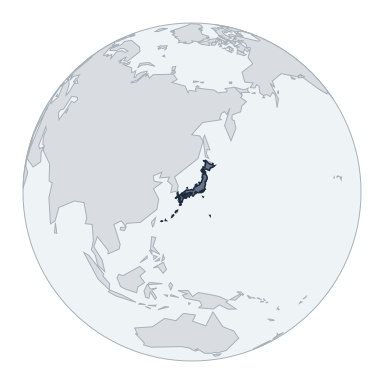 Japan highlighted on a globe, orthographic projection
{"feature_id": "JPN", "entity_name": "Japan", "entity_type": "country or territory", "adm_level": 0, "iso_a3": "JPN", "parent_name": "Asia", "parent_adm1": "", "projection": "orthographic", "projection_center": [135.292, 34.888], "detail": "fine", "context": "on_globe", "style": "filled", "palette": "slate", "viewbox_px": 384, "rotation_deg": 0, "n_neighbors": 0, "source": "natural_earth", "source_scale": "50m", "svg_char_len": 16904}
<svg xmlns="http://www.w3.org/2000/svg" viewBox="0 0 384 384"><circle cx="192" cy="192" r="169" fill="#eef3f6" stroke="#a8b0b8"/><path d="M306.2,296.4L306.1,297.1L305.9,297.3L306.2,296.4ZM328.1,91.9L327.0,91.0L329.6,94.0L333.2,99.2L332.9,98.8L331.0,95.9L327.1,92.2L326.9,93.9L318.8,89.1L302.9,77.5L304.5,76.7L300.5,74.4L298.3,75.5L297.9,76.8L281.2,73.7L272.3,81.0L274.8,87.5L270.1,83.2L278.5,98.9L277.1,107.5L275.4,95.3L272.7,92.3L270.1,96.6L266.7,94.5L263.6,95.6L259.8,92.9L259.1,86.5L256.6,84.7L255.0,88.0L250.1,87.6L253.0,83.0L244.8,82.1L242.1,72.2L252.8,63.8L248.1,57.7L250.5,47.9L247.0,47.2L245.7,43.7L241.3,41.7L243.0,40.9L237.9,40.1L237.2,41.3L234.7,41.5L232.0,40.6L233.7,39.2L235.4,39.4L234.5,38.6L236.5,38.4L233.9,38.0L236.4,36.7L230.0,36.7L228.6,34.6L231.3,34.2L236.2,35.9L254.5,40.4L258.7,41.2L259.8,40.2L250.9,34.5L253.4,35.0L253.0,34.5L249.3,33.2L248.2,33.2L241.1,31.1L240.7,31.9L237.8,31.3L235.2,31.8L230.1,30.1L226.4,28.3L228.2,27.9L226.7,27.3L220.4,26.6L219.5,25.4L214.3,24.5L226.5,26.6L238.5,29.6L250.2,33.4L261.7,38.1L272.7,43.6L283.4,49.9L293.5,56.9L303.1,64.7L312.1,73.2L320.5,82.3L328.1,91.9ZM341.2,179.8L339.8,176.7L341.6,177.0L341.2,179.8ZM338.3,176.0L339.0,176.8L338.3,176.3L338.3,176.0ZM337.5,176.4L338.1,176.1L337.5,176.8L337.5,176.4ZM336.4,177.4L336.9,176.7L336.9,176.9L336.4,177.4ZM334.4,177.9L333.8,177.9L334.2,176.9L334.4,177.9ZM298.2,77.9L298.6,75.8L301.8,75.8L301.9,77.7L298.2,77.9ZM291.6,78.6L290.9,76.8L295.4,78.9L294.4,79.3L291.6,78.6ZM277.4,92.9L278.4,90.5L278.6,93.6L277.4,92.9ZM263.8,96.3L264.6,97.7L262.6,97.7L263.8,96.3ZM238.2,32.8L236.8,32.3L238.0,32.4L238.2,32.8ZM238.5,33.5L241.0,34.1L241.5,34.5L239.9,34.2L238.5,33.5ZM255.0,93.6L251.6,93.4L255.0,92.5L255.0,93.6ZM235.3,32.9L242.0,35.3L242.9,36.2L237.7,35.8L235.3,32.9ZM249.5,92.5L241.2,92.5L242.3,95.5L234.7,87.3L244.2,89.8L248.2,88.1L247.5,90.6L249.5,92.5ZM238.1,42.1L238.8,40.8L240.7,42.8L238.1,42.1ZM240.0,43.4L249.6,50.1L247.3,51.9L244.5,49.1L243.6,52.5L237.7,50.0L236.9,47.6L239.6,46.9L235.3,46.6L240.0,43.4ZM231.8,83.0L229.7,82.2L231.8,81.9L231.8,83.0ZM233.9,41.7L236.0,42.8L234.2,44.4L229.6,42.5L231.7,42.6L233.9,41.7ZM246.2,54.7L244.0,55.7L238.6,53.9L237.1,54.1L237.4,50.1L246.2,54.7ZM230.7,41.8L227.3,41.6L225.7,40.1L231.7,40.8L230.7,41.8ZM235.7,45.6L234.6,46.3L233.7,45.3L235.7,45.6ZM218.1,35.3L220.7,36.2L220.0,37.1L218.1,35.3ZM226.1,41.7L226.7,42.2L226.7,42.7L224.2,42.4L226.1,41.7ZM233.6,49.2L231.9,48.4L233.2,50.8L229.3,49.8L230.2,47.3L228.2,48.0L226.9,47.7L229.1,46.1L233.6,49.2ZM221.6,43.7L221.4,40.6L216.8,38.5L217.3,37.6L224.7,41.2L221.6,43.7ZM225.8,45.2L223.3,44.0L225.2,43.4L228.1,43.8L225.8,45.2ZM226.3,50.1L232.1,52.2L231.7,52.7L226.3,50.1ZM219.9,43.1L220.0,43.9L219.3,43.0L219.9,43.1ZM223.9,48.0L226.0,48.6L225.5,49.2L223.9,48.0ZM218.4,45.0L218.3,44.0L220.2,44.2L218.4,45.0ZM220.6,46.5L219.4,47.1L221.0,44.9L221.6,46.7L220.6,46.5ZM223.1,48.4L223.4,48.9L222.3,48.1L223.1,48.4ZM211.0,45.1L212.6,42.3L216.9,42.6L214.8,45.3L211.0,45.1ZM61.4,84.7L62.1,84.1L52.9,97.5L50.0,104.1L58.2,97.0L62.8,85.7L68.8,79.5L69.1,84.6L65.8,95.4L68.0,93.4L74.4,83.4L78.0,83.2L77.1,79.9L74.2,83.2L73.6,81.4L76.2,78.3L77.4,78.2L79.6,74.7L73.4,76.7L69.8,80.3L73.0,74.0L67.3,79.6L66.6,79.6L76.0,70.2L78.4,68.4L92.2,56.9L89.9,58.1L76.8,69.3L78.9,67.1L75.7,69.6L79.9,66.0L94.8,54.1L99.5,50.6L112.0,43.2L120.1,39.1L115.7,41.3L117.9,40.4L114.0,42.6L114.9,43.4L112.0,45.8L118.5,44.2L117.8,45.4L114.2,45.9L110.0,47.8L103.4,55.0L103.9,55.7L108.7,54.3L106.2,56.7L111.7,54.5L110.9,58.5L116.5,51.9L122.2,50.7L125.1,52.4L128.0,51.1L123.3,48.4L120.6,48.5L116.6,50.4L109.9,50.5L110.9,48.6L121.6,44.5L124.2,41.6L131.4,40.3L139.7,47.2L139.9,51.6L127.4,61.3L123.8,60.7L126.5,56.7L118.3,61.5L121.7,60.5L119.7,62.8L124.7,62.8L123.5,64.4L130.3,61.9L129.4,63.9L125.1,65.4L131.7,67.8L131.5,72.3L133.6,72.1L135.8,70.7L134.1,77.6L135.7,77.2L136.9,74.7L140.9,72.4L147.2,71.2L146.2,73.7L143.8,74.4L137.3,80.0L131.0,82.1L131.3,83.0L136.5,81.9L144.4,75.0L148.5,73.6L145.2,76.9L146.8,75.6L148.5,75.7L149.3,78.3L153.1,74.7L173.5,74.2L177.1,79.6L171.9,82.4L185.1,86.1L188.1,92.9L189.2,90.4L196.3,91.2L195.4,89.0L196.5,88.0L214.3,90.1L217.7,92.8L226.6,91.9L227.2,90.8L225.1,88.6L234.7,87.3L242.3,95.5L240.6,97.5L246.5,101.6L241.8,106.0L240.7,111.8L232.1,114.9L232.0,119.6L234.3,120.7L235.9,128.3L231.0,140.8L224.6,125.6L230.0,107.9L226.9,114.5L224.5,111.6L221.5,113.3L219.6,118.3L221.3,119.7L202.5,122.5L191.7,134.7L199.9,136.0L203.0,141.3L198.0,158.5L174.5,177.0L178.3,186.0L177.1,191.0L170.7,192.5L172.2,185.2L167.6,181.2L169.4,177.1L159.7,177.9L161.9,172.1L153.2,175.9L154.2,181.3L162.0,182.5L153.5,188.8L158.7,199.2L157.0,209.2L140.3,222.4L126.7,223.3L125.4,226.0L121.3,220.9L113.9,224.4L120.1,244.3L119.2,249.0L108.1,253.9L108.2,250.4L97.3,236.7L93.8,246.8L102.1,259.9L104.8,271.6L97.9,265.4L95.2,254.9L91.4,249.7L93.4,240.6L92.2,224.4L85.2,223.7L86.8,218.0L84.0,202.6L74.6,201.0L58.9,207.4L55.1,221.0L50.5,223.9L48.9,197.8L52.2,182.9L49.1,181.0L49.6,163.9L43.2,150.1L44.5,145.5L42.8,144.4L43.5,136.5L46.4,129.4L45.8,126.7L38.7,145.6L39.6,148.7L43.5,147.0L41.1,152.7L40.7,161.8L33.1,167.0L27.2,158.7L30.4,147.7L45.5,111.0L47.1,108.9L47.3,108.6L47.8,108.0L45.3,110.8L49.1,104.3L37.0,127.0L33.4,135.3L27.1,159.0L26.7,159.6L25.8,165.8L27.6,172.7L26.8,175.9L23.7,185.9L23.1,188.5L23.8,176.0L25.4,163.6L28.0,151.4L31.5,139.3L35.8,127.6L41.0,116.2L47.0,105.2L53.9,94.7L61.4,84.7ZM58.4,112.7L58.9,119.8L65.4,111.0L66.1,113.1L68.0,109.5L65.8,110.4L71.5,101.3L74.2,102.7L77.5,99.8L77.5,97.3L71.8,96.3L63.6,109.0L60.6,109.8L58.4,112.7ZM133.7,34.2L130.3,35.6L128.7,35.8L132.5,34.0L134.8,33.4L133.7,34.2ZM125.8,37.5L135.5,34.7L133.5,36.1L133.0,35.7L130.7,36.9L129.2,36.7L117.9,41.3L115.8,42.0L124.0,37.4L122.5,38.4L125.9,36.8L125.8,37.5ZM163.6,28.6L167.7,28.4L158.1,31.6L155.3,31.5L158.9,29.2L164.3,28.1L163.6,28.6ZM224.9,32.1L227.1,32.5L226.6,32.8L224.4,32.7L224.9,32.1ZM219.4,35.6L214.7,30.7L217.0,30.8L211.6,28.3L215.5,27.8L218.9,29.4L217.8,27.4L222.5,28.7L221.1,27.4L228.3,31.0L232.4,32.4L226.3,30.9L222.6,31.2L222.2,31.7L224.3,34.5L231.3,38.1L228.8,39.3L225.1,39.3L223.0,38.6L225.3,37.9L220.9,37.5L222.6,36.1L219.4,35.6ZM183.3,43.3L186.9,41.9L178.3,42.7L180.0,40.5L178.9,40.7L178.1,39.0L175.2,37.4L176.7,36.6L174.9,36.4L174.4,35.4L172.4,34.9L174.5,33.4L172.3,32.7L174.5,32.4L170.2,31.8L174.3,31.6L174.0,30.5L170.2,31.3L186.0,25.9L189.4,24.5L190.0,23.7L197.1,24.0L201.0,25.2L202.5,27.3L198.2,28.8L202.2,28.9L201.3,29.8L198.5,29.4L202.3,30.6L200.8,31.3L202.1,34.3L208.4,36.2L209.1,37.5L205.9,37.2L208.7,38.8L203.1,39.2L203.5,40.2L198.3,41.8L191.9,40.9L192.8,42.2L188.9,43.7L183.3,43.3ZM209.4,45.5L201.4,44.3L198.4,42.7L208.7,40.7L209.2,39.6L215.6,38.7L219.8,41.2L217.6,41.2L216.4,41.8L215.6,40.8L215.3,42.1L212.2,42.2L211.2,43.3L208.9,42.6L209.4,45.5ZM80.2,65.3L78.6,66.8L76.8,68.5L74.8,70.3L80.2,65.3ZM90.1,57.2L90.3,57.1L89.3,57.9L87.0,59.6L90.1,57.2ZM91.9,56.0L89.5,57.7L91.8,56.0L91.9,56.0ZM113.6,46.7L112.9,47.7L111.6,48.2L110.5,48.2L113.6,46.7ZM158.0,46.7L160.5,45.7L161.1,46.1L167.1,45.7L166.3,47.6L162.4,48.5L158.0,46.7ZM57.1,96.6L56.1,96.4L57.3,94.5L57.4,94.9L57.1,96.6ZM64.4,82.2L61.2,86.6L63.9,82.7L64.4,82.2ZM158.1,48.6L160.7,48.2L158.7,49.4L158.1,48.6ZM166.0,48.9L164.2,50.4L166.9,47.8L166.0,48.9ZM145.2,306.5L150.3,308.1L150.2,308.7L145.2,306.5ZM139.8,303.2L145.5,304.7L138.9,304.2L139.8,303.2ZM147.8,305.3L153.6,305.4L156.1,305.0L155.7,306.1L147.8,305.3ZM136.0,302.3L116.0,296.0L108.3,291.7L109.9,290.1L122.3,295.0L136.0,302.3ZM109.3,289.8L97.9,278.9L83.9,252.5L88.9,255.4L103.8,274.2L102.8,275.8L109.7,283.7L109.3,289.8ZM137.8,287.1L136.7,292.8L125.5,289.1L120.5,286.5L117.0,277.6L119.0,274.2L123.0,275.7L139.7,266.4L145.3,271.4L139.9,276.0L144.6,282.6L137.8,287.1ZM55.4,222.8L56.8,233.3L54.4,232.8L55.4,222.8ZM147.3,258.1L140.0,262.7L147.0,255.9L147.3,258.1ZM151.9,251.0L152.0,254.3L149.6,250.5L151.9,251.0ZM124.5,230.6L120.2,229.9L120.5,227.5L126.2,227.0L124.5,230.6ZM155.6,217.6L154.0,224.7L152.6,226.9L151.4,222.1L155.6,217.6ZM155.0,66.3L147.5,64.5L141.6,65.1L137.5,67.9L140.1,63.4L149.2,62.5L155.0,66.3ZM171.3,72.9L174.9,70.7L175.5,72.5L174.8,73.2L171.3,72.9ZM171.9,71.0L172.3,67.0L175.7,66.4L174.8,69.6L171.9,71.0ZM164.9,56.9L162.7,56.2L164.4,55.1L164.9,56.9ZM268.4,341.3L271.2,340.4L266.7,343.1L260.0,346.4L252.9,349.1L268.4,341.3ZM214.9,356.3L213.0,354.7L220.7,353.9L218.9,355.6L214.9,356.3ZM273.2,338.5L277.2,335.5L277.2,333.4L278.6,334.7L283.6,332.5L273.0,339.5L273.2,338.5ZM182.0,346.6L151.0,347.2L143.6,344.9L144.3,342.9L135.3,333.5L137.6,334.3L134.6,328.0L152.3,326.8L164.7,318.4L175.9,320.7L183.5,313.4L195.5,315.0L192.6,321.2L205.8,325.9L212.9,311.9L222.8,326.7L233.6,330.9L238.7,338.2L226.1,350.5L217.1,353.0L214.6,352.3L211.0,353.4L204.4,353.2L199.1,349.9L195.7,350.9L198.2,348.3L193.7,350.5L189.5,348.1L182.0,346.6ZM268.3,319.2L270.5,319.1L274.5,320.3L270.9,320.8L268.3,319.2ZM300.7,301.5L302.0,302.0L299.6,303.3L300.7,301.5ZM305.9,297.3L303.0,299.1L306.2,296.4L305.9,297.3ZM277.9,308.8L279.2,309.4L278.3,309.9L277.9,308.8ZM277.0,308.8L278.1,307.1L278.1,308.5L277.0,308.8ZM265.8,303.0L267.0,302.0L267.6,302.5L265.8,303.0ZM157.9,309.7L164.9,306.6L168.9,306.9L157.9,309.7ZM263.8,301.7L260.7,302.0L260.9,301.1L263.8,301.7ZM263.8,299.7L263.4,298.5L265.6,301.0L263.8,299.7ZM257.7,297.8L261.6,299.5L257.2,298.2L257.7,297.8ZM255.4,298.4L252.7,297.8L252.8,297.4L255.4,298.4ZM226.0,302.2L236.1,309.0L228.3,309.2L219.5,304.9L213.3,309.0L198.8,307.8L201.9,305.3L199.7,301.1L185.2,298.3L182.3,295.2L187.3,293.9L177.9,290.6L188.1,290.5L192.5,296.6L198.3,292.6L208.8,294.3L219.2,296.5L228.0,300.6L226.0,302.2ZM188.5,302.9L190.3,303.1L188.8,304.6L188.5,302.9ZM247.4,295.3L251.4,297.6L251.0,298.3L249.1,298.1L247.4,295.3ZM229.9,299.6L239.1,294.6L241.4,294.6L235.3,300.1L229.9,299.6ZM236.7,291.7L241.2,292.1L243.6,294.6L242.7,295.3L236.7,291.7ZM167.7,295.1L167.3,296.6L164.7,294.9L167.7,295.1ZM171.0,294.6L178.9,297.5L170.3,295.9L171.0,294.6ZM148.0,284.7L150.1,289.0L157.0,288.0L151.8,290.4L156.6,297.5L155.1,299.4L150.3,291.9L148.9,298.3L145.8,297.5L144.0,291.3L146.9,284.8L150.0,282.4L162.5,283.7L148.0,284.7ZM170.8,290.0L168.8,285.3L170.4,282.5L172.6,285.2L170.8,290.0ZM163.1,273.3L158.1,266.9L153.2,267.9L163.4,262.3L166.5,269.4L163.1,273.3ZM159.4,260.5L154.8,261.5L159.8,258.0L159.4,260.5ZM153.8,259.4L153.7,255.4L157.1,256.7L153.8,259.4ZM161.7,261.2L163.2,254.8L164.6,259.0L161.7,261.2ZM153.1,246.4L159.9,254.5L150.5,249.6L151.7,236.7L155.8,237.4L153.1,246.4ZM186.4,198.4L186.2,194.4L190.4,194.2L189.3,197.0L186.4,198.4ZM203.9,191.0L191.5,192.9L181.5,194.7L183.9,197.0L180.4,203.1L177.5,196.3L185.6,190.3L192.9,190.1L195.4,184.9L201.6,182.0L202.3,175.1L205.4,172.5L207.0,178.9L203.9,191.0ZM202.3,172.1L205.8,160.3L213.0,163.1L213.9,166.3L209.2,170.4L205.7,168.7L202.3,172.1ZM208.7,158.4L205.3,156.7L203.2,138.3L204.6,135.2L210.0,150.0L207.1,149.3L206.3,153.5L208.7,158.4ZM229.6,83.6L229.7,82.3L231.0,83.6L229.6,83.6ZM195.9,86.8L197.5,85.6L199.1,86.9L195.9,86.8ZM203.0,83.1L200.1,82.3L203.6,82.1L203.0,83.1ZM193.6,81.0L199.2,81.5L193.3,82.5L193.6,81.0Z" fill="#d9dde1" stroke="#a8b0b8" stroke-width="1"/><path d="M205.1,172.5L205.6,172.4L205.5,173.3L205.7,174.4L205.8,174.7L206.6,175.6L207.1,177.0L207.2,178.1L207.1,179.1L206.6,179.5L206.4,180.1L206.2,181.2L205.4,181.4L205.1,182.0L205.1,182.6L205.4,184.0L205.4,185.1L205.3,185.4L204.8,186.2L204.5,187.7L204.7,188.2L205.3,189.2L204.8,189.4L204.4,189.8L204.3,190.6L204.2,190.8L203.5,191.3L203.2,191.7L202.9,191.6L203.0,191.4L202.9,190.5L203.5,189.7L203.2,189.4L202.9,189.5L202.7,190.0L202.5,190.5L202.6,191.0L202.1,190.6L201.5,190.7L201.3,191.0L201.2,192.0L200.9,192.4L200.6,192.6L200.4,192.4L200.5,191.6L200.7,191.4L200.3,191.2L199.9,191.3L199.2,192.4L199.0,192.8L197.5,192.6L196.3,192.9L196.8,192.5L196.8,192.3L196.2,192.3L196.0,192.1L196.0,192.5L195.8,192.4L195.8,191.7L195.6,191.5L195.4,191.7L195.0,192.6L195.9,193.3L195.8,193.6L194.5,194.1L193.5,195.9L193.0,196.1L192.4,195.9L191.6,194.6L191.5,193.8L192.0,193.4L192.3,192.8L192.2,192.7L191.4,192.8L190.7,192.4L189.5,192.5L188.8,193.0L187.5,193.3L186.8,193.7L186.5,193.6L185.6,193.8L185.0,193.5L184.7,193.6L184.6,193.8L184.3,195.0L183.3,194.3L182.1,194.6L181.7,194.3L181.3,194.5L181.3,193.6L181.6,193.2L182.4,193.2L184.7,191.5L185.8,190.4L186.3,190.1L187.1,190.0L187.4,190.3L188.0,190.1L188.9,190.2L191.7,189.5L191.9,189.5L191.9,189.9L192.1,190.1L192.9,190.2L193.5,189.9L193.9,189.4L193.7,188.7L193.8,188.4L195.3,186.5L195.4,185.9L195.4,185.2L195.6,184.6L196.7,184.2L196.8,184.4L195.8,185.4L196.0,185.7L196.1,186.2L196.6,186.5L196.8,186.4L197.2,185.9L199.1,185.0L199.8,184.3L200.4,183.1L201.4,182.3L201.7,181.1L202.3,180.0L202.5,179.0L202.8,178.4L202.8,177.8L202.6,177.1L202.1,177.0L202.4,176.6L202.6,175.9L202.4,175.1L202.4,174.7L203.1,174.2L203.2,173.7L203.1,173.3L203.3,173.0L203.8,173.1L204.0,174.0L204.6,173.8L205.0,174.0L205.2,173.7L205.2,173.0L205.1,172.9L204.2,173.3L204.2,172.9L204.4,172.2L205.1,172.5ZM210.0,164.1L210.6,164.1L211.4,164.5L211.9,164.5L212.2,164.3L213.1,163.2L212.8,164.6L212.8,164.9L212.9,165.2L213.5,166.2L213.8,166.2L214.1,165.9L214.5,165.8L214.1,166.2L213.8,166.5L213.5,166.6L212.7,167.2L212.1,167.4L211.1,167.4L210.7,167.7L209.9,168.6L209.7,169.1L209.5,170.1L209.4,170.4L207.7,169.8L206.2,168.9L205.3,169.1L204.4,169.7L203.8,169.1L203.3,169.2L203.0,169.5L203.0,169.9L203.4,170.4L203.9,170.4L204.9,171.3L204.5,171.5L203.8,171.3L203.0,172.4L202.7,172.5L202.5,172.4L202.4,172.1L202.6,171.1L202.4,170.6L201.9,170.0L201.9,169.2L202.0,169.0L202.4,168.7L203.1,168.0L203.2,167.7L203.0,167.4L202.9,167.0L203.1,166.9L203.9,167.2L204.5,167.3L204.9,167.2L205.0,166.9L205.0,165.9L205.4,164.8L205.4,164.0L205.6,163.4L205.6,162.7L205.4,162.1L205.1,161.5L205.2,160.8L205.7,160.4L207.9,162.7L210.0,164.1ZM181.6,195.4L182.4,195.7L182.9,195.5L183.2,195.6L183.2,195.9L182.7,196.6L183.6,196.7L183.5,197.1L183.7,197.3L183.6,197.5L183.9,197.8L183.0,199.0L182.4,200.7L182.4,201.3L182.1,202.1L181.4,201.9L181.3,202.1L181.4,202.5L180.4,203.1L180.7,202.4L180.5,201.5L180.7,201.4L180.7,201.1L180.4,201.1L180.1,201.5L180.1,202.0L180.3,202.4L180.1,202.7L179.2,202.3L179.1,201.9L179.4,201.8L179.5,201.4L179.2,200.9L179.3,199.9L179.8,199.6L180.5,198.4L180.1,198.3L180.3,198.1L180.3,197.8L179.9,197.0L179.5,196.7L179.3,196.9L179.3,197.7L179.7,197.7L179.7,198.1L179.0,197.9L178.3,198.5L178.5,198.0L178.1,197.5L178.1,197.0L178.5,197.5L178.9,197.7L178.7,197.1L177.9,196.5L178.0,196.2L178.6,196.3L178.6,195.9L179.4,195.5L179.9,195.4L180.2,194.8L180.8,194.6L181.4,194.8L181.6,195.4ZM189.7,193.9L190.4,193.9L190.5,195.1L189.8,195.8L189.4,196.3L189.3,196.8L188.7,196.2L187.9,196.0L187.1,196.5L186.7,197.3L186.4,197.5L186.3,198.0L185.8,198.2L185.4,198.2L185.6,197.8L185.1,197.7L185.1,197.4L184.9,197.3L185.1,196.6L184.9,196.5L184.9,196.2L184.0,196.4L185.5,195.4L185.9,194.6L186.2,194.3L186.7,194.8L186.9,194.8L187.8,194.5L188.0,194.2L187.9,193.9L188.1,193.9L188.7,193.6L189.0,193.5L189.7,193.9ZM173.5,215.6L172.4,216.1L172.5,216.4L172.2,216.6L172.2,216.9L171.8,217.1L172.1,216.1L172.7,215.7L172.6,215.4L173.1,215.5L173.5,214.9L173.7,215.1L173.5,215.6ZM199.1,183.2L198.8,183.2L199.0,183.2L199.0,182.8L198.9,182.7L199.4,181.8L199.3,182.5L199.6,182.5L199.5,183.0L199.1,183.2ZM176.9,211.0L176.6,211.4L176.1,211.0L177.5,210.3L177.5,210.6L176.9,211.0ZM179.3,199.2L178.8,199.6L178.7,199.4L178.9,199.3L178.8,199.1L178.9,198.6L179.3,198.6L179.3,199.2ZM191.1,193.8L190.9,194.0L190.6,194.0L190.5,193.7L190.9,193.2L191.3,193.0L191.1,193.4L191.1,193.8ZM180.1,205.3L179.7,205.3L179.5,205.0L179.8,204.7L180.2,205.0L180.3,205.0L180.1,205.3ZM177.9,192.6L177.6,193.3L177.4,193.1L177.5,192.4L177.9,192.2L177.9,192.6ZM181.0,205.0L180.8,205.0L180.8,204.8L181.3,203.7L181.3,204.3L181.0,205.0ZM175.6,197.7L176.0,197.7L176.1,198.1L175.6,198.2L175.6,197.7ZM177.3,193.8L177.2,193.9L177.1,193.7L177.2,193.2L177.5,193.3L177.3,193.8ZM161.5,221.4L161.0,221.3L161.0,221.2L161.3,220.9L161.7,221.1L161.5,221.4ZM187.4,188.1L187.1,188.1L187.0,187.8L187.3,187.7L187.4,188.1ZM176.6,197.6L176.5,197.2L176.8,196.7L176.9,197.1L176.6,197.6ZM162.7,220.6L162.5,221.2L162.2,221.2L162.4,220.9L162.7,220.6ZM175.6,212.6L175.3,212.5L175.4,212.0L175.5,212.0L175.6,212.6ZM204.5,161.5L204.2,161.5L204.1,161.4L204.4,161.3L204.5,161.5ZM179.8,199.0L179.6,199.0L179.4,198.8L179.8,198.7L180.0,198.7L179.8,199.0ZM201.2,170.7L201.0,170.3L201.3,170.2L201.2,170.7ZM184.5,194.7L184.7,194.8L185.0,194.8L184.8,195.0L184.5,194.9L184.5,194.7ZM203.9,160.7L203.9,161.2L203.7,160.7L203.9,160.7ZM177.7,196.5L177.4,196.6L177.7,196.2L177.9,196.1L177.7,196.5ZM165.8,220.5L165.3,220.5L165.4,220.1L165.5,220.3L165.8,220.5ZM178.5,195.0L178.4,195.1L178.2,195.0L178.4,194.7L178.5,195.0ZM189.8,193.1L189.5,193.4L189.3,193.1L189.7,193.0L189.8,193.1ZM176.5,211.5L176.3,211.5L176.2,211.2L176.3,211.3L176.5,211.5ZM202.1,192.3L201.9,192.4L201.9,192.1L202.1,192.3ZM178.2,200.8L177.9,201.2L178.0,201.0L178.2,200.8ZM185.3,194.0L185.3,194.3L185.1,194.3L185.3,194.0ZM203.2,197.1L203.1,196.9L203.3,197.0L203.2,197.1ZM210.1,215.4L210.1,215.7L209.9,215.4L210.1,215.4Z" fill="#64748b" stroke="#1e293b" stroke-width="1.5"/></svg>